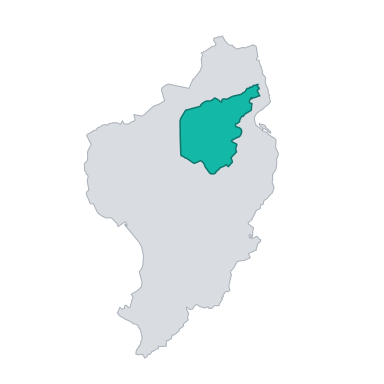 where Kerman sits in Iran, rotated 244°
{"feature_id": "IRN-3248", "entity_name": "Kerman", "entity_type": "Province", "adm_level": 1, "iso_a3": "IRN", "parent_name": "Iran", "parent_adm1": "", "projection": "natural_earth1", "projection_center": [57.389, 29.03], "detail": "fine", "context": "in_parent", "style": "filled", "palette": "teal", "viewbox_px": 384, "rotation_deg": 244, "n_neighbors": 0, "source": "natural_earth", "source_scale": "10m", "svg_char_len": 6024}
<svg xmlns="http://www.w3.org/2000/svg" viewBox="0 0 384 384"><g transform="rotate(244 192 192)"><path d="M193.2,110.5L196.9,110.7L203.7,108.4L204.3,107.9L206.4,103.3L208.7,101.3L212.8,98.8L215.4,98.0L224.6,98.3L225.3,96.5L226.8,95.5L236.8,96.1L238.3,97.5L238.9,100.1L247.2,102.5L248.9,103.2L251.0,105.2L252.6,105.7L254.8,104.8L256.1,105.4L258.3,104.9L264.8,107.7L265.7,110.7L266.8,112.0L268.3,113.2L273.4,115.5L275.0,116.8L278.7,122.2L289.1,122.1L289.8,123.3L289.7,125.6L290.4,131.1L289.7,133.1L291.0,134.9L290.9,138.4L291.4,140.8L290.3,144.1L289.1,144.8L289.8,147.7L288.8,150.6L288.9,151.7L287.3,154.1L287.2,155.0L284.2,157.3L286.4,160.6L283.1,160.8L281.0,164.3L281.6,168.5L281.1,170.6L281.4,171.8L282.3,172.7L286.8,173.5L286.9,174.1L282.2,180.1L282.4,182.5L286.0,194.9L285.4,201.1L286.0,207.4L297.4,209.3L298.7,210.9L299.5,214.4L299.5,217.1L299.2,218.4L286.5,234.6L293.1,242.6L293.3,244.4L297.3,252.3L301.0,256.3L307.4,258.5L310.3,261.5L313.0,261.4L312.8,265.4L313.9,273.8L313.1,277.6L315.3,278.4L318.8,277.8L320.0,278.6L320.7,279.9L319.9,280.7L320.0,284.0L319.1,284.7L318.8,287.8L313.7,287.9L308.9,289.3L307.2,290.5L306.2,292.7L304.6,292.5L304.1,293.3L300.8,294.9L299.6,301.2L298.3,302.7L297.4,311.8L296.6,312.0L295.0,313.5L284.6,310.5L283.6,308.3L282.5,307.9L281.0,310.0L275.8,308.8L274.0,309.2L272.9,308.5L270.1,308.5L267.9,307.2L262.3,308.3L258.8,306.0L255.1,305.4L250.6,305.4L246.9,303.7L245.0,304.4L244.1,303.2L238.6,302.1L236.9,298.0L236.8,296.0L235.5,292.4L235.0,287.3L233.8,283.6L231.5,280.5L225.2,278.7L221.9,279.6L219.5,281.4L215.5,282.4L212.3,285.8L210.6,285.6L203.2,290.2L201.6,290.2L196.1,287.0L193.7,286.5L188.7,286.6L186.0,284.5L185.3,283.0L178.8,279.7L174.8,276.6L173.6,273.8L171.9,271.8L168.0,270.1L165.8,268.3L159.8,267.7L155.6,263.2L155.6,261.8L153.2,256.9L152.8,253.4L152.2,252.4L150.1,251.0L149.8,250.0L150.3,247.8L147.6,246.4L147.2,245.3L147.3,241.8L140.9,233.5L139.7,228.9L138.5,228.7L132.6,231.7L130.9,230.0L125.8,227.1L125.1,226.0L126.4,225.5L127.7,226.0L128.5,225.4L128.2,224.4L126.9,223.8L125.2,223.8L125.7,224.7L124.0,225.6L123.6,226.8L123.9,230.2L123.2,231.2L120.5,231.7L118.8,232.8L117.3,231.6L116.9,229.1L116.0,227.5L114.6,226.9L113.5,225.3L111.7,224.5L111.9,215.8L107.4,215.6L107.6,209.0L109.8,202.4L105.6,196.5L103.8,192.0L102.7,191.2L100.5,191.3L93.2,185.2L90.6,183.6L87.1,183.1L86.7,181.0L87.7,178.6L86.1,175.5L85.6,174.6L84.1,174.3L84.3,172.3L82.4,172.4L79.0,167.1L78.0,166.3L80.1,162.3L78.8,159.0L79.7,156.2L81.6,156.3L82.2,152.6L85.6,148.8L88.5,147.2L88.9,146.0L88.4,144.0L86.6,141.4L87.0,139.2L87.6,138.1L90.6,137.0L90.8,136.5L89.4,135.7L84.2,135.7L81.4,133.1L78.7,132.5L77.3,126.8L76.9,126.2L75.7,126.0L74.9,124.9L74.6,121.2L72.8,119.5L71.5,114.0L71.5,112.6L72.0,111.4L69.2,109.0L68.9,105.3L69.6,104.4L66.3,101.8L64.8,101.6L64.7,101.2L67.2,95.5L68.1,94.1L66.2,93.3L66.3,90.5L65.9,88.1L66.2,85.9L64.9,84.2L64.6,83.3L65.1,80.8L63.9,79.6L63.3,76.9L68.1,76.2L69.2,72.2L71.0,70.5L73.9,72.4L77.9,79.0L80.4,80.9L82.2,83.1L91.2,85.3L93.2,84.6L96.3,84.7L100.4,80.7L102.2,80.2L107.0,76.2L112.8,72.5L115.8,71.9L119.9,76.6L117.4,78.0L117.0,79.2L117.2,80.3L119.1,81.5L119.3,82.8L118.7,83.5L116.1,84.2L115.4,85.6L118.0,87.7L119.3,89.5L120.8,90.0L123.0,92.9L126.7,92.5L127.2,99.4L129.1,105.2L132.9,107.6L143.0,109.5L144.0,110.6L145.6,113.7L148.2,116.0L155.9,120.4L164.4,122.6L170.1,122.4L191.2,117.3L193.1,117.3L190.0,118.6L191.2,119.2L193.9,119.2L194.5,118.7L194.6,117.8L193.2,110.5ZM222.9,283.3L221.6,285.3L219.6,287.0L218.2,286.5L212.3,288.9L210.8,288.8L210.6,288.0L217.0,285.1L217.3,284.4L216.9,282.9L219.0,283.5L221.3,282.3L223.2,282.0L224.1,282.8L222.9,283.3Z" fill="#d9dde1" stroke="#a8b0b8" stroke-width="1"/><path d="M208.5,249.6L205.8,242.3L205.0,242.0L201.8,241.7L201.2,241.3L200.9,240.9L200.6,240.4L200.5,239.7L199.4,237.3L199.0,236.0L199.0,235.6L199.6,235.4L199.8,235.2L201.1,235.1L201.6,234.7L201.5,234.3L201.4,233.6L201.2,232.7L201.4,227.3L201.0,227.0L200.6,226.4L200.3,224.7L199.5,222.5L198.7,221.0L198.7,220.2L199.0,219.0L199.6,217.7L200.8,216.3L208.5,214.9L210.2,215.0L211.3,215.2L213.9,214.8L216.2,213.8L216.4,212.6L216.6,207.4L217.2,206.1L224.4,202.1L225.4,201.0L228.2,199.4L228.9,198.7L229.2,198.2L230.9,198.5L245.4,205.0L260.9,212.3L262.9,213.9L268.3,222.1L265.6,235.8L265.5,237.2L265.8,237.6L266.4,238.0L267.0,239.5L267.5,243.0L267.4,244.4L267.0,246.1L265.9,247.9L265.7,249.0L265.9,250.1L265.9,251.5L266.3,252.4L266.5,253.0L266.5,253.6L266.1,254.1L265.4,254.6L262.3,256.6L260.7,257.1L259.9,257.6L260.4,258.4L261.6,259.3L262.0,260.2L261.6,261.7L260.1,263.9L260.2,269.6L260.0,271.5L258.4,278.2L258.4,279.8L258.8,281.2L258.8,281.9L258.8,282.9L259.1,284.1L260.1,285.4L260.9,286.9L260.5,288.2L260.1,288.9L260.3,289.3L260.8,289.7L260.8,290.3L260.3,290.9L260.0,291.6L260.3,292.6L260.7,293.2L260.8,293.8L260.6,294.5L260.4,294.8L260.4,295.4L260.2,295.6L260.0,296.1L260.1,297.1L260.0,297.7L259.7,298.4L259.1,297.5L258.9,297.3L258.6,297.3L258.0,297.1L257.6,297.2L257.2,297.7L256.6,297.8L255.9,297.7L255.4,297.6L255.1,297.2L255.1,296.6L255.0,296.3L254.9,295.9L255.1,295.6L254.8,295.3L254.0,295.1L253.4,294.9L252.9,294.8L252.5,295.0L251.7,295.1L250.6,294.9L248.8,295.0L248.7,294.7L249.0,294.3L249.2,293.4L249.2,292.9L249.1,292.4L249.4,289.2L249.6,288.6L249.9,288.3L249.9,288.0L249.9,287.6L249.6,286.6L249.6,286.2L249.9,286.2L250.8,286.8L250.9,286.5L250.5,285.6L249.7,284.6L248.6,283.6L247.7,283.0L246.8,283.0L246.2,283.4L245.9,283.9L245.2,284.6L244.8,284.4L243.9,283.7L239.6,281.2L239.4,280.3L238.9,274.1L238.5,272.8L238.1,272.0L237.8,271.8L237.5,271.3L237.7,270.8L238.1,270.4L238.0,269.6L237.4,268.6L236.7,267.8L236.4,267.2L235.9,266.4L235.2,266.0L234.7,265.9L234.5,265.7L234.3,265.4L233.8,262.8L233.9,261.1L233.8,260.8L232.4,260.1L231.6,260.0L231.0,260.6L230.6,261.1L229.1,262.6L227.5,263.5L226.6,263.6L225.0,263.4L223.6,262.5L222.4,261.3L221.2,259.6L220.9,258.0L221.2,256.8L221.0,250.4L220.6,249.8L220.2,249.9L218.6,250.7L215.8,252.9L215.1,253.1L214.5,252.8L213.9,252.3L213.3,251.5L212.1,250.5L209.6,249.7L208.5,249.6Z" fill="#14b8a6" stroke="#0f766e" stroke-width="1.5"/></g></svg>